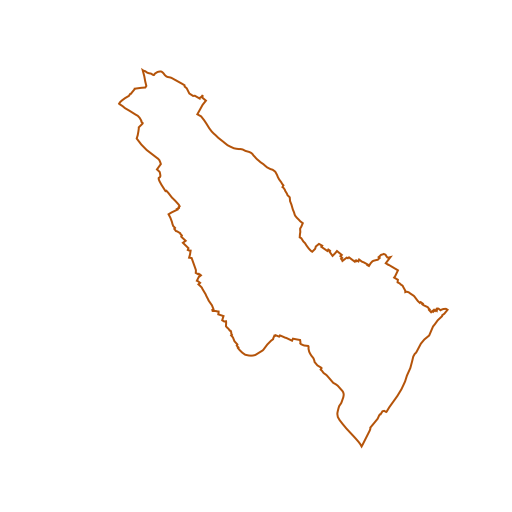 the district of Bang Sai, Phra Nakhon Si Ayutthaya, Thailand, rotated 119°
{"feature_id": "78962969B611560347556", "entity_name": "Bang Sai", "entity_type": "district", "adm_level": 2, "iso_a3": "THA", "parent_name": "Thailand", "parent_adm1": "Phra Nakhon Si Ayutthaya", "projection": "robinson", "projection_center": [100.288, 14.305], "detail": "fine", "context": "isolated", "style": "outline", "palette": "amber", "viewbox_px": 512, "rotation_deg": 119, "n_neighbors": 0, "source": "geoboundaries", "source_scale": "gbopen_adm2", "svg_char_len": 6066}
<svg xmlns="http://www.w3.org/2000/svg" viewBox="0 0 512 512"><g transform="rotate(119 256 256)"><path d="M144.4,375.1L143.5,379.8L141.9,380.3L141.9,380.7L143.0,380.8L145.1,381.9L145.6,381.7L145.5,387.2L146.5,388.6L146.2,393.1L142.9,397.9L142.4,400.5L141.3,401.3L141.2,404.5L141.2,416.4L141.5,417.8L142.3,420.2L142.4,421.4L142.0,423.4L141.1,425.4L140.8,426.4L140.6,427.4L140.6,428.2L140.8,428.8L141.0,429.2L142.1,430.6L142.9,431.4L145.2,432.7L145.8,432.9L147.0,432.9L147.4,433.3L147.5,434.0L147.4,435.8L147.4,436.4L148.0,438.0L148.4,439.9L148.1,442.3L148.2,443.1L148.5,444.1L148.4,445.2L153.0,440.8L156.8,437.7L160.4,434.4L162.3,434.5L164.6,438.0L168.5,443.2L168.9,443.0L169.3,443.1L173.6,443.9L174.5,443.9L174.7,444.0L175.2,444.6L177.6,444.8L181.3,447.0L184.8,448.6L187.1,449.4L189.2,449.6L189.3,449.4L189.6,445.3L190.2,442.3L190.3,437.3L190.7,429.9L190.7,429.4L190.7,427.4L191.5,424.9L191.9,424.2L193.2,422.0L193.7,421.5L194.1,421.4L194.4,420.7L194.7,419.5L195.1,419.4L195.9,419.6L200.3,420.9L201.6,420.2L204.5,419.1L207.8,418.0L211.1,417.3L214.1,410.4L216.3,403.0L218.3,389.7L218.3,389.2L219.0,387.0L220.5,385.1L221.7,383.8L228.3,384.6L229.1,381.2L229.9,380.3L231.9,378.7L232.8,378.3L233.6,378.3L234.8,378.9L235.1,378.9L236.2,378.1L237.4,376.6L239.5,373.3L243.1,366.7L243.1,366.4L242.4,366.0L242.5,365.7L243.3,363.3L245.6,358.0L246.9,353.3L248.2,349.5L248.6,348.4L249.5,346.9L250.8,347.3L251.1,346.7L251.3,346.6L253.2,347.9L253.5,347.2L258.9,351.0L261.9,352.7L264.0,349.5L266.9,346.1L268.4,344.7L269.9,343.0L270.7,340.4L271.9,340.6L273.0,338.1L272.7,336.9L272.8,333.4L273.2,333.1L274.0,330.8L275.1,330.9L275.4,330.6L276.8,324.9L279.9,326.3L281.9,318.9L283.8,318.6L283.7,317.4L283.0,315.8L286.8,314.4L289.9,313.7L289.0,311.3L297.2,302.0L298.0,301.4L300.0,300.5L300.0,297.8L299.3,297.4L299.7,295.9L299.4,295.7L299.6,294.8L301.6,295.6L301.7,295.9L306.3,295.7L306.2,294.6L306.6,291.9L307.2,292.1L308.7,292.6L309.4,289.7L309.9,288.1L310.7,287.0L313.9,281.5L315.0,280.1L317.5,276.3L317.8,276.1L320.5,270.6L323.3,267.2L323.6,267.2L324.4,268.0L325.1,267.3L323.5,264.2L323.5,263.7L322.7,261.8L323.6,261.3L325.3,260.7L324.3,255.3L328.6,254.4L328.7,252.0L327.6,250.6L328.1,250.2L329.0,249.7L332.0,248.2L332.5,247.0L333.0,244.8L334.0,242.7L333.9,242.5L333.7,242.2L333.7,241.9L334.7,240.7L335.6,240.2L335.9,239.9L336.6,238.8L337.5,239.2L338.4,236.7L341.0,233.5L342.4,229.4L343.7,229.4L344.5,227.1L345.2,227.3L346.2,224.7L346.8,222.6L347.2,221.1L347.6,217.6L346.5,214.0L346.1,213.1L345.5,211.9L344.6,210.5L343.2,208.9L342.7,208.5L335.4,204.4L334.4,204.1L327.9,203.2L322.6,201.7L320.5,200.7L319.6,201.0L316.6,201.3L316.4,200.4L315.8,200.4L315.3,196.6L315.1,196.5L313.9,196.6L313.8,196.3L313.5,193.4L313.3,190.8L313.0,189.9L312.6,183.4L310.4,183.6L309.2,179.9L308.1,176.7L309.9,175.3L311.0,174.9L311.3,173.9L311.1,171.5L310.9,170.4L309.4,166.8L309.4,166.6L309.7,166.2L310.1,165.9L311.7,165.1L313.7,163.3L314.3,162.6L315.3,161.1L316.3,159.3L317.4,156.6L317.8,155.9L319.3,154.2L320.3,153.4L321.9,149.3L322.1,144.5L322.3,144.3L324.0,144.4L324.4,142.7L325.5,140.3L325.7,139.2L325.8,137.8L326.1,136.2L329.3,127.5L329.5,127.0L329.5,124.1L329.8,121.7L332.2,114.9L332.9,113.7L334.0,112.6L334.9,112.0L336.2,111.5L337.5,111.1L342.9,110.2L343.9,110.2L346.7,110.5L348.5,110.2L352.0,109.3L354.1,108.6L355.1,108.0L357.1,106.4L357.5,105.8L359.0,103.3L360.8,99.1L363.0,93.5L367.3,80.4L368.9,76.0L370.1,73.4L371.4,71.3L369.1,71.3L353.5,71.9L351.7,72.2L350.7,72.8L339.4,70.7L335.7,71.0L334.7,70.9L334.4,70.8L334.3,70.4L334.2,70.3L330.5,70.1L329.3,68.8L329.3,66.8L329.3,66.5L328.9,66.3L323.7,66.1L309.8,64.5L302.0,64.2L297.4,64.5L293.4,64.8L287.5,66.0L279.2,66.7L272.8,68.3L267.7,69.7L264.6,69.7L263.2,69.2L262.0,69.1L252.7,69.3L247.4,68.3L241.6,66.0L231.8,67.0L229.1,66.5L224.1,65.9L218.5,64.1L218.3,64.1L217.5,64.4L215.2,63.3L210.2,62.4L210.1,64.0L210.3,64.6L211.6,66.5L213.2,67.9L214.0,68.3L213.6,70.7L213.7,71.4L214.1,72.0L214.4,72.4L215.0,72.3L215.1,71.7L216.4,71.3L216.2,72.6L217.1,72.7L216.7,74.2L217.1,74.3L217.3,73.5L219.0,74.0L218.7,75.2L220.3,75.6L219.3,78.5L218.6,78.2L218.2,79.3L217.5,81.0L217.8,85.8L217.6,87.1L216.8,87.0L216.5,89.6L217.6,89.9L216.9,92.7L214.5,98.1L214.3,99.0L214.0,102.9L213.8,104.3L213.7,104.9L214.2,107.0L215.2,107.9L214.2,108.5L213.6,109.2L211.6,112.4L211.0,113.2L210.8,113.9L210.9,114.7L210.3,117.2L210.4,119.4L208.0,120.4L207.9,124.7L206.2,124.5L199.7,124.9L199.4,136.0L199.6,136.1L199.4,139.0L191.8,137.9L193.2,139.4L193.6,140.3L192.9,142.0L192.2,143.1L192.1,143.8L192.3,145.3L192.7,145.5L194.2,147.0L194.6,147.3L195.9,147.6L197.5,148.2L197.8,146.9L199.6,147.5L200.1,147.6L200.3,147.7L200.9,148.5L203.2,150.9L204.2,151.6L206.6,152.2L210.0,152.4L210.0,154.0L209.3,153.9L209.3,158.7L209.6,160.5L209.1,164.1L211.1,163.8L211.1,165.7L211.8,165.7L211.8,166.8L213.1,166.8L212.1,174.0L212.9,174.5L213.4,174.6L213.5,175.9L218.4,178.0L217.9,178.6L217.2,180.2L215.9,179.7L215.2,182.1L213.5,181.5L212.4,187.6L215.2,188.1L218.8,189.1L216.7,193.5L216.4,193.4L216.0,194.3L215.5,194.1L215.3,195.9L217.0,196.0L216.3,203.3L214.9,203.1L214.9,206.8L218.7,208.3L220.3,207.9L221.3,207.8L225.0,208.9L224.9,210.3L224.3,212.3L223.8,213.7L222.3,217.0L221.0,219.3L220.6,220.7L220.3,221.7L218.5,225.0L218.5,226.8L215.7,228.1L213.5,228.9L211.8,230.0L210.5,230.7L208.4,230.6L204.6,231.0L204.2,234.1L203.5,236.1L202.7,239.0L201.8,241.2L201.1,242.2L199.4,243.9L197.5,246.3L193.8,250.0L191.5,252.8L188.4,254.9L188.1,255.6L187.6,257.8L186.4,259.3L184.9,262.0L184.0,263.0L182.9,265.4L182.9,266.2L181.6,266.4L180.9,266.3L180.1,268.4L179.4,269.4L177.8,272.9L176.4,275.1L174.9,276.9L173.0,279.9L172.8,280.8L172.5,283.3L173.0,285.6L173.1,289.4L172.8,290.8L172.7,291.5L172.1,294.1L171.8,297.5L171.2,300.2L170.9,301.9L170.5,303.3L169.6,305.8L169.4,306.7L168.5,308.6L168.2,310.1L168.2,311.1L168.3,312.4L169.2,316.2L169.3,319.3L169.9,321.2L170.9,323.1L171.8,325.4L172.5,327.6L172.8,331.6L172.9,334.6L170.9,346.4L169.9,350.0L169.4,352.4L168.6,355.1L167.0,358.7L164.2,363.7L162.4,367.2L160.8,371.0L160.5,371.6L160.5,376.0L149.6,376.0L144.4,375.1Z" fill="none" stroke="#b45309" stroke-width="2"/></g></svg>